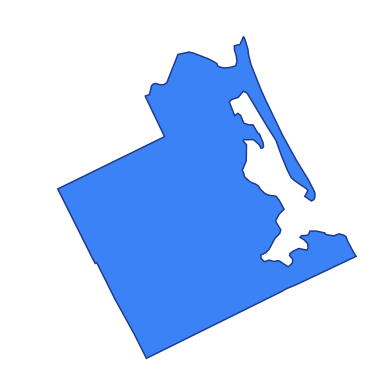 Pacific, Washington, United States of America (Albers equal-area conic projection), rotated 154°
{"feature_id": "52423323B94422507286019", "entity_name": "Pacific", "entity_type": "district", "adm_level": 2, "iso_a3": "USA", "parent_name": "United States of America", "parent_adm1": "Washington", "projection": "albers", "projection_center": [-123.933, 46.517], "detail": "fine", "context": "isolated", "style": "filled", "palette": "blue", "viewbox_px": 384, "rotation_deg": 154, "n_neighbors": 0, "source": "geoboundaries", "source_scale": "gbopen_adm2", "svg_char_len": 1809}
<svg xmlns="http://www.w3.org/2000/svg" viewBox="0 0 384 384"><g transform="rotate(154 192 192)"><path d="M72.7,62.2L73.2,66.7L73.7,79.7L73.2,84.6L74.6,86.8L78.2,89.9L83.9,90.5L89.3,94.3L90.7,95.6L90.5,96.9L97.0,102.1L103.1,105.2L106.0,102.6L108.2,102.8L112.6,104.7L114.8,103.9L112.2,99.8L110.7,94.8L112.2,90.7L114.3,89.4L120.7,94.4L127.0,94.5L130.9,93.8L132.2,92.0L131.2,88.8L131.0,87.0L132.8,84.4L136.7,82.8L138.5,82.8L143.8,91.9L145.7,93.0L148.4,93.3L152.7,97.0L157.6,97.7L159.0,102.1L157.8,105.1L151.9,105.1L147.6,106.9L137.7,114.0L131.3,116.3L128.8,119.1L129.6,128.0L129.3,129.6L123.2,134.0L116.8,136.1L117.3,146.8L118.4,151.5L123.7,154.9L127.0,158.3L129.1,163.9L129.8,168.4L130.9,170.6L135.3,175.6L138.2,182.6L137.2,186.6L137.4,189.3L129.5,196.3L122.3,210.6L123.6,215.3L122.6,216.3L114.4,212.4L113.5,211.5L110.8,204.7L110.8,201.2L109.4,200.6L107.8,201.4L106.5,205.3L106.0,214.5L107.0,216.0L107.1,217.3L107.8,225.7L111.6,227.5L115.3,231.2L114.7,239.4L116.3,242.6L120.2,241.9L119.0,256.7L115.7,257.7L108.9,256.8L101.7,260.1L99.1,256.8L95.7,217.3L93.9,201.6L95.7,185.1L96.7,169.9L96.5,161.3L94.9,157.3L87.8,144.9L87.2,142.4L92.6,138.7L88.6,131.6L86.0,131.7L84.0,133.2L82.1,136.8L81.8,138.7L82.1,152.4L84.2,173.6L85.7,203.0L85.5,242.4L85.2,253.1L83.1,281.0L80.9,291.0L79.3,295.2L77.6,305.4L77.4,308.0L77.9,308.9L84.3,303.5L89.8,304.9L91.5,301.2L92.5,295.1L94.3,289.7L97.4,286.2L103.6,287.4L108.8,289.4L112.3,292.2L113.6,293.9L113.4,296.5L113.9,297.6L118.8,304.4L130.0,316.4L133.4,319.1L144.3,321.8L166.7,301.3L170.2,300.8L174.3,302.8L176.8,305.4L179.5,306.0L181.8,305.2L187.7,298.1L191.8,298.8L192.1,298.3L192.4,253.8L311.3,253.6L310.5,174.9L310.3,170.2L308.6,170.1L308.2,129.4L306.2,89.4L305.9,62.5L155.1,63.3L150.2,63.7L137.2,63.0L72.7,62.2Z" fill="#3b82f6" stroke="#1e3a8a" stroke-width="1.5"/></g></svg>